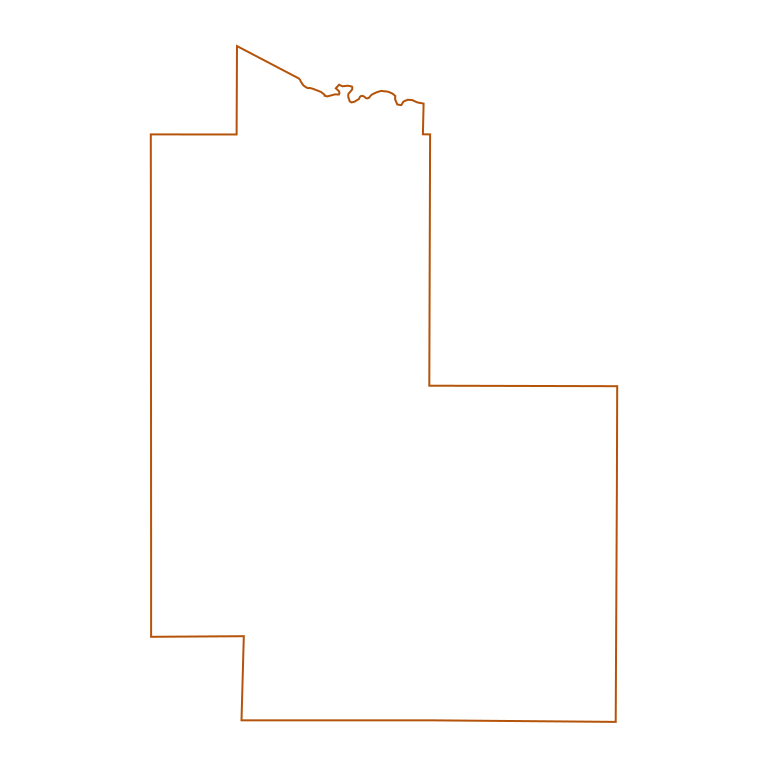 outline of Forest, Wisconsin, United States of America
{"feature_id": "52423323B22880600101250", "entity_name": "Forest", "entity_type": "district", "adm_level": 2, "iso_a3": "USA", "parent_name": "United States of America", "parent_adm1": "Wisconsin", "projection": "equal_earth", "projection_center": [-88.783, 45.725], "detail": "fine", "context": "isolated", "style": "outline", "palette": "amber", "viewbox_px": 768, "rotation_deg": 0, "n_neighbors": 0, "source": "geoboundaries", "source_scale": "gbopen_adm2", "svg_char_len": 943}
<svg xmlns="http://www.w3.org/2000/svg" viewBox="0 0 768 768"><path d="M151.1,636.8L243.8,636.2L241.5,720.3L427.9,720.3L615.7,721.9L616.9,484.2L617.2,386.2L429.3,385.7L430.1,134.4L422.9,134.3L423.6,103.6L417.3,102.4L412.0,100.0L407.6,99.8L403.4,101.6L401.3,105.1L397.3,104.5L395.1,99.3L395.3,96.0L392.5,93.6L388.1,91.7L381.2,90.9L376.3,92.4L372.0,94.5L370.7,95.6L369.0,97.8L367.2,98.4L366.2,98.2L363.4,96.1L362.3,96.0L361.6,95.9L360.9,96.1L360.5,96.4L360.0,96.8L359.7,97.4L358.9,99.0L354.1,101.9L351.3,102.4L349.7,101.3L348.3,97.1L348.2,95.1L348.5,93.8L352.2,89.4L352.3,87.1L351.8,86.5L347.9,85.7L342.4,86.3L339.1,84.7L335.8,88.3L339.1,91.3L339.4,93.3L338.9,94.5L334.9,94.4L327.3,96.4L324.6,95.7L324.7,95.1L323.9,94.2L320.9,91.9L312.7,88.7L309.9,88.0L307.8,88.1L305.9,87.2L303.4,85.4L300.7,81.4L300.0,79.7L298.7,78.4L237.0,46.1L236.6,134.5L150.8,134.4L150.9,218.6L151.1,553.1L151.1,636.8Z" fill="none" stroke="#b45309" stroke-width="2"/></svg>